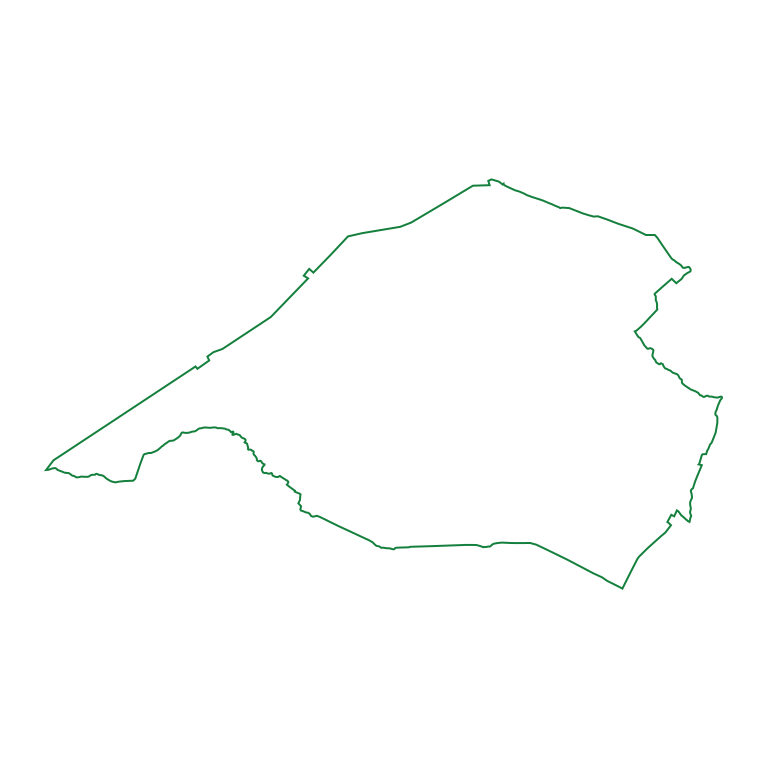 Poieni-Solca, Suceava, Romania (Albers equal-area conic projection)
{"feature_id": "2599482B63167741030022", "entity_name": "Poieni-Solca", "entity_type": "district", "adm_level": 2, "iso_a3": "ROU", "parent_name": "Romania", "parent_adm1": "Suceava", "projection": "albers", "projection_center": [25.88, 47.689], "detail": "fine", "context": "isolated", "style": "outline", "palette": "green", "viewbox_px": 768, "rotation_deg": 0, "n_neighbors": 0, "source": "geoboundaries", "source_scale": "gbopen_adm2", "svg_char_len": 6087}
<svg xmlns="http://www.w3.org/2000/svg" viewBox="0 0 768 768"><path d="M654.8,235.0L645.9,235.0L639.5,231.8L632.7,228.5L618.0,223.7L607.4,219.6L597.9,216.3L596.0,216.4L593.6,216.6L592.1,216.1L588.9,215.3L582.5,213.3L569.3,208.1L562.2,207.6L560.2,208.1L559.0,207.3L555.5,205.9L552.0,204.3L548.0,202.7L542.6,200.4L532.1,197.0L527.1,195.2L524.1,193.6L519.5,191.6L515.1,190.3L508.7,187.4L505.0,185.6L503.7,184.4L503.6,183.8L502.8,184.6L498.9,181.6L491.4,179.4L488.3,180.9L489.6,185.2L472.9,185.7L444.5,202.8L411.1,222.6L400.3,226.8L362.0,233.2L348.0,236.4L330.8,254.7L313.4,272.6L309.2,268.9L303.8,275.7L308.1,278.4L270.8,317.0L222.4,349.0L213.4,352.2L207.4,356.6L209.2,360.5L197.4,368.8L195.5,366.5L53.5,460.3L46.1,470.0L48.5,469.8L52.4,468.4L54.7,468.1L55.6,468.2L56.9,469.1L57.5,469.9L60.5,471.0L64.7,472.7L68.6,473.1L69.8,473.7L71.4,475.0L72.3,475.6L74.1,476.0L75.6,476.9L76.5,477.4L78.9,477.2L81.2,476.6L85.0,476.8L88.0,476.8L89.2,476.3L91.0,475.1L92.2,474.8L95.1,474.7L96.0,473.9L97.0,473.9L99.3,475.0L101.5,475.2L103.5,476.0L106.5,478.6L109.9,480.7L112.3,481.7L115.6,482.4L117.4,481.9L120.3,481.5L124.0,481.1L133.2,480.7L135.3,478.7L135.7,477.4L140.4,463.5L143.6,454.9L144.4,454.2L148.7,453.0L151.0,453.0L154.7,451.6L157.2,450.4L159.6,448.5L161.5,446.7L163.2,445.5L164.4,444.4L167.2,442.5L169.5,440.9L170.7,440.8L172.5,440.7L173.9,440.3L177.1,438.2L178.7,437.0L180.2,435.6L180.9,434.2L181.4,433.2L182.1,432.6L182.8,432.4L183.9,432.7L185.8,432.9L187.4,432.9L190.5,432.3L191.8,431.7L192.2,431.6L193.9,431.5L195.2,431.2L196.9,430.1L199.1,428.5L200.5,428.3L201.7,428.2L202.9,427.7L204.8,427.5L207.1,427.6L209.6,427.8L211.4,427.7L213.9,427.4L215.6,427.5L216.3,427.6L217.5,428.2L219.9,428.1L222.5,428.3L224.0,428.6L225.0,428.6L226.2,429.4L228.1,429.7L228.8,429.9L229.6,430.7L230.3,431.2L230.7,431.9L231.2,432.2L231.7,432.2L232.3,431.7L232.7,431.6L233.3,431.8L233.5,432.4L232.9,433.7L232.4,434.4L232.5,434.8L233.1,434.9L233.8,434.7L236.4,433.8L237.3,434.3L238.0,434.6L239.0,434.8L239.7,435.1L240.8,436.5L241.6,437.5L242.6,438.0L244.0,438.5L244.4,438.8L245.3,439.3L245.5,439.8L245.6,440.6L245.3,441.4L244.7,442.2L244.6,442.4L245.0,442.6L245.8,443.0L246.2,443.1L247.0,443.6L247.5,445.3L247.9,446.8L248.1,447.5L248.1,448.6L248.0,449.2L248.5,449.7L249.6,449.7L250.6,449.6L251.6,450.1L252.1,450.7L253.5,451.3L253.7,451.7L253.7,452.8L253.5,453.7L253.6,454.1L254.0,454.8L255.0,455.7L256.4,457.7L256.7,458.4L256.9,459.3L256.8,460.1L257.8,461.1L258.7,461.3L259.8,460.8L260.4,460.8L261.1,461.2L262.0,462.7L262.6,463.4L263.5,463.9L264.5,464.4L264.5,464.9L263.6,465.9L262.9,466.6L262.0,468.5L261.9,469.8L262.0,470.5L262.6,471.5L262.9,472.3L263.4,472.6L264.0,472.9L265.0,473.0L265.6,473.0L266.3,472.9L267.2,473.3L267.6,473.5L268.6,473.7L269.4,473.7L270.5,473.3L270.8,473.2L271.5,473.1L272.0,473.6L272.4,475.0L272.6,475.5L274.0,476.2L275.4,476.8L277.0,477.0L278.3,476.9L279.1,476.4L279.5,476.0L280.2,476.1L280.7,476.6L282.7,477.9L284.4,478.9L286.1,480.1L287.1,480.5L288.2,481.6L288.3,482.4L287.4,484.1L287.1,484.5L286.9,484.7L289.6,486.9L294.1,490.2L294.9,490.7L294.7,491.5L295.7,492.1L296.7,492.5L297.3,492.7L299.4,493.6L300.5,494.3L300.1,497.9L300.0,499.9L298.4,503.3L301.1,506.3L300.3,509.3L300.9,510.5L303.1,511.2L306.0,512.4L308.1,512.8L309.6,513.7L311.1,516.0L313.1,516.7L314.4,516.4L317.0,515.8L320.6,517.3L338.1,525.9L369.3,540.4L372.9,542.5L374.9,544.6L376.4,545.8L379.4,546.5L381.3,547.8L383.2,547.7L386.3,548.2L390.1,548.4L392.2,549.1L393.8,549.3L394.6,548.8L395.1,548.2L395.5,547.9L396.8,547.7L402.2,547.5L408.8,547.3L409.5,547.1L410.0,546.8L430.3,546.2L466.6,544.9L476.4,545.0L481.1,546.3L482.9,547.1L483.6,547.2L484.2,546.9L486.5,547.0L488.2,546.5L489.4,546.6L490.2,546.4L492.4,544.5L493.2,544.0L493.9,543.7L497.1,543.1L501.7,542.6L511.1,543.0L517.0,543.1L530.1,543.0L536.4,544.7L545.4,549.0L566.6,559.3L593.3,573.3L602.2,577.4L607.2,580.9L619.8,587.2L622.4,588.6L631.3,570.8L637.7,558.4L639.3,556.4L647.4,548.4L660.4,536.7L665.4,532.5L671.0,525.2L669.3,523.5L667.4,522.0L671.3,514.8L674.2,516.3L676.9,510.4L678.4,511.4L681.2,515.2L684.0,517.6L687.8,521.0L689.5,521.9L690.5,517.4L691.2,516.0L690.3,513.5L690.0,512.1L690.4,510.6L690.8,509.2L690.7,507.3L690.2,505.2L690.1,502.7L690.7,500.6L691.3,499.4L692.0,497.9L691.9,496.2L691.6,493.7L691.3,492.9L690.9,491.5L690.8,491.0L691.4,489.5L693.0,488.2L694.9,482.1L696.8,477.2L701.8,465.2L698.7,464.4L699.3,463.7L701.0,457.9L701.9,454.9L702.8,454.2L704.1,454.2L705.6,454.0L706.1,454.1L707.3,450.5L708.0,449.5L709.5,446.1L709.9,444.7L711.6,442.8L713.8,437.4L715.6,432.8L716.6,427.2L717.3,423.0L717.4,417.7L717.0,416.3L715.5,414.8L715.3,413.7L715.6,412.0L716.5,410.1L717.0,408.8L717.9,405.7L720.3,400.2L721.9,398.2L721.8,396.9L721.1,396.6L720.1,396.8L717.7,397.6L714.2,397.3L713.6,397.1L712.3,396.7L710.8,396.6L708.9,396.5L707.7,395.7L707.1,395.7L705.3,396.3L704.6,396.8L703.6,396.9L702.8,396.5L701.4,395.5L700.0,395.2L699.1,394.1L698.3,392.9L695.2,391.2L690.8,389.5L685.1,385.7L682.9,383.9L682.1,383.0L681.9,382.6L681.9,381.8L681.8,379.8L681.1,379.2L680.2,378.7L679.7,378.2L679.0,376.8L678.1,375.1L676.7,374.0L674.7,373.4L672.7,372.6L671.2,371.3L670.1,370.5L668.7,370.0L667.2,369.2L666.3,368.8L665.1,368.3L664.4,367.5L663.6,366.2L663.1,365.0L662.9,364.3L661.8,363.7L661.2,363.3L660.5,363.4L659.9,364.2L659.0,364.2L658.1,363.6L656.6,362.6L655.8,361.6L655.3,360.1L654.2,359.0L653.4,357.9L652.5,356.3L652.4,355.0L652.6,354.4L653.0,352.7L653.4,350.4L653.1,349.7L652.4,349.1L650.6,348.2L650.2,348.2L649.4,348.4L648.0,348.8L647.2,348.6L646.9,348.2L645.6,346.7L644.5,345.6L640.3,338.2L639.7,337.7L638.6,337.2L637.8,336.2L634.8,331.4L636.5,330.6L641.5,326.2L645.4,322.2L657.3,309.5L657.1,308.4L657.0,306.7L657.1,305.4L657.0,304.4L656.8,302.4L655.9,300.6L655.8,300.2L655.8,296.6L655.7,296.1L654.6,294.5L654.6,294.1L654.8,293.7L662.4,286.9L671.7,278.8L676.3,283.2L681.5,279.0L684.0,275.3L687.4,273.0L690.4,271.4L690.7,269.8L690.0,268.2L688.9,267.0L687.1,267.1L684.8,267.9L682.8,267.7L681.2,265.5L679.2,263.9L677.3,262.8L675.8,261.8L674.5,260.5L672.6,259.4L671.3,258.2L662.4,245.3L657.3,237.7L654.8,235.0Z" fill="none" stroke="#15803d" stroke-width="2"/></svg>